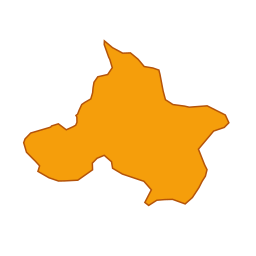 Mezam, Nord-Ouest, Cameroon (Robinson projection), rotated 290°
{"feature_id": "32672807B13167032786609", "entity_name": "Mezam", "entity_type": "district", "adm_level": 2, "iso_a3": "CMR", "parent_name": "Cameroon", "parent_adm1": "Nord-Ouest", "projection": "robinson", "projection_center": [10.141, 6.007], "detail": "fine", "context": "isolated", "style": "filled", "palette": "amber", "viewbox_px": 256, "rotation_deg": 290, "n_neighbors": 0, "source": "geoboundaries", "source_scale": "gbopen_adm2", "svg_char_len": 1083}
<svg xmlns="http://www.w3.org/2000/svg" viewBox="0 0 256 256"><g transform="rotate(290 128 128)"><path d="M103.8,55.5L102.5,55.0L101.6,54.0L90.0,38.3L82.6,35.0L78.5,35.0L70.5,40.9L66.1,50.2L65.3,52.0L62.2,57.9L56.4,58.2L54.2,70.8L54.4,80.8L56.6,86.5L61.8,98.7L76.6,109.0L82.8,106.5L89.0,109.3L94.2,115.0L90.7,124.0L84.9,127.3L82.8,138.4L83.3,158.8L83.4,161.1L77.9,171.1L63.8,169.3L62.3,173.9L70.0,179.8L73.3,187.0L76.2,194.3L76.2,207.7L84.7,212.3L96.1,215.0L103.4,215.9L109.2,217.2L115.9,216.5L118.8,213.4L120.0,212.2L132.2,201.4L154.4,209.5L161.5,218.3L167.4,221.0L173.5,215.0L175.9,194.8L168.5,178.4L167.9,173.6L165.4,162.2L167.4,153.5L174.7,148.4L189.3,139.7L193.0,137.2L192.9,130.9L191.3,122.2L196.1,113.9L199.4,104.6L196.5,97.4L198.2,85.9L201.8,76.0L198.3,77.1L188.0,85.6L186.2,87.5L182.1,90.5L179.3,92.6L171.3,90.6L165.8,82.1L159.4,80.4L153.9,81.4L149.0,82.7L142.6,83.1L137.1,78.5L134.2,76.5L128.1,76.0L123.7,75.9L122.0,74.8L120.8,76.2L115.9,78.1L112.7,77.9L110.5,76.0L105.2,70.6L106.8,65.4L108.1,61.1L103.8,55.5Z" fill="#f59e0b" stroke="#b45309" stroke-width="1.5"/></g></svg>